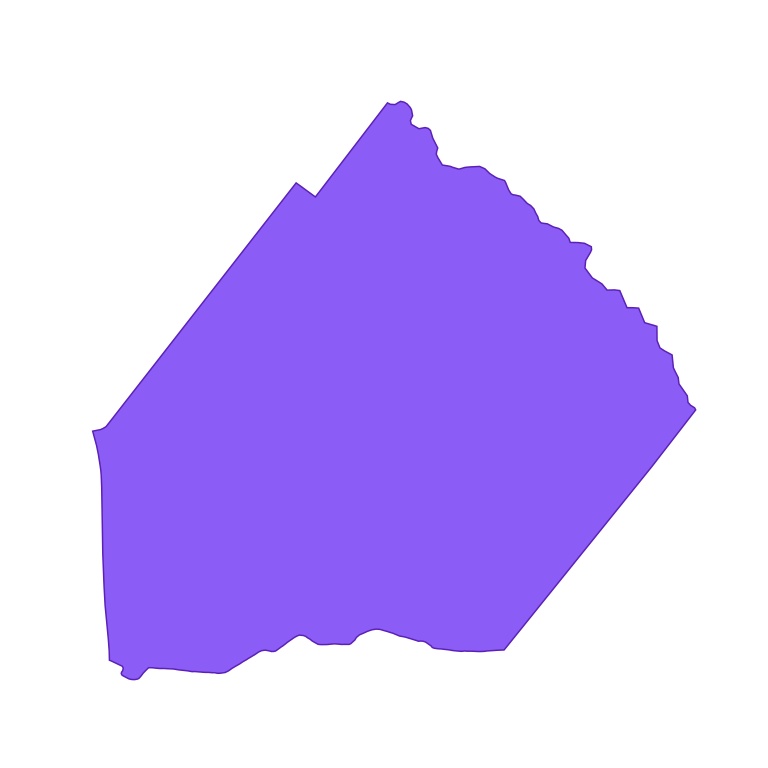 outline of Hurlingham, Buenos Aires, Argentina, rotated 83°
{"feature_id": "61730980B67082136706980", "entity_name": "Hurlingham", "entity_type": "district", "adm_level": 2, "iso_a3": "ARG", "parent_name": "Argentina", "parent_adm1": "Buenos Aires", "projection": "albers", "projection_center": [-58.642, -34.598], "detail": "fine", "context": "isolated", "style": "filled", "palette": "violet", "viewbox_px": 768, "rotation_deg": 83, "n_neighbors": 0, "source": "geoboundaries", "source_scale": "gbopen_adm2", "svg_char_len": 3196}
<svg xmlns="http://www.w3.org/2000/svg" viewBox="0 0 768 768"><g transform="rotate(83 384 384)"><path d="M105.4,346.3L190.0,429.3L173.7,446.7L392.4,665.0L393.8,668.0L394.7,670.9L395.3,678.9L410.0,676.8L418.9,676.1L430.1,675.7L435.2,675.6L440.2,675.8L452.3,676.8L518.2,683.8L550.7,686.5L570.0,687.8L603.3,688.7L615.6,689.3L624.7,690.2L625.7,688.4L632.2,678.2L634.2,677.4L636.8,678.4L638.0,679.6L639.5,680.1L641.2,679.4L642.7,677.3L643.8,675.7L645.6,673.1L646.4,670.9L646.8,669.1L647.0,667.2L646.8,664.3L646.0,662.7L644.0,660.5L641.6,658.2L639.1,655.1L636.9,652.2L637.2,650.0L637.5,647.9L638.0,646.1L638.4,644.2L638.9,642.1L639.2,640.1L639.5,637.4L640.3,633.0L641.2,627.7L642.7,622.6L644.8,613.7L646.1,609.6L646.3,607.0L647.5,601.2L648.3,597.4L648.9,593.1L649.6,589.9L650.0,586.9L650.9,584.4L651.1,581.6L651.0,576.8L649.8,573.3L648.7,571.3L647.7,569.5L646.2,566.1L644.2,561.3L642.4,557.8L640.7,553.7L639.9,552.2L639.1,550.3L636.5,544.5L634.7,541.0L633.8,538.2L633.7,536.2L633.7,534.3L634.3,532.3L635.1,529.9L635.8,528.3L636.0,525.9L635.8,524.1L634.3,521.3L632.5,518.2L631.6,516.3L630.2,513.9L628.8,511.7L626.8,508.0L626.0,506.4L625.1,504.8L624.2,502.8L623.5,500.9L622.9,498.7L623.8,494.7L625.0,492.4L626.5,490.9L628.4,488.4L630.4,486.5L632.2,484.1L634.3,481.2L634.8,479.3L635.2,476.7L635.7,471.8L635.7,468.8L635.9,464.7L636.7,460.5L637.3,458.0L637.7,454.2L638.2,450.4L637.7,448.6L635.9,446.1L634.6,444.2L632.2,442.3L630.0,438.9L629.3,436.5L628.6,434.1L627.5,430.7L626.5,426.0L626.3,422.0L626.7,419.6L627.1,417.8L628.5,414.6L630.3,410.3L631.6,407.6L632.5,405.4L633.6,403.6L634.8,401.4L636.0,399.4L637.1,395.8L637.9,393.4L639.5,389.9L640.5,387.6L642.0,384.3L643.5,381.1L643.6,378.9L644.0,376.8L645.1,374.3L648.6,370.4L649.7,369.2L651.4,368.2L652.4,366.3L652.9,364.5L653.6,361.6L654.0,359.1L654.5,357.4L655.4,353.5L655.8,351.8L656.8,348.7L657.7,344.9L658.8,339.7L658.8,336.7L659.3,334.2L659.6,331.9L659.9,329.4L661.1,322.5L661.4,319.6L661.6,316.6L661.5,314.1L661.7,311.0L662.0,305.5L662.1,303.6L662.4,299.9L662.6,297.2L498.2,127.8L447.7,77.8L445.5,78.6L442.5,82.3L439.3,84.5L432.7,84.4L419.9,91.2L413.4,91.2L406.8,93.6L403.1,94.8L390.3,94.5L385.2,101.7L381.8,105.7L374.2,107.7L360.0,106.1L354.9,117.8L339.7,122.0L338.5,128.4L337.9,133.5L320.0,138.6L318.7,143.7L318.0,151.1L311.2,155.5L304.1,164.3L293.4,170.4L286.0,168.8L278.6,163.1L276.0,161.6L273.0,161.5L268.8,167.8L267.2,174.5L266.2,181.9L261.8,182.8L258.3,185.2L254.6,187.6L253.1,188.6L250.8,191.8L248.9,196.5L247.0,199.3L244.9,202.4L244.1,205.6L243.3,208.4L240.5,210.4L236.6,211.0L232.7,212.6L228.5,213.9L224.7,216.7L223.1,218.8L221.8,220.2L217.9,223.0L214.2,226.0L212.5,230.6L211.9,232.8L210.8,234.6L206.6,236.6L198.9,238.7L196.7,239.6L193.6,246.3L192.2,248.4L188.0,253.4L182.7,257.6L179.7,262.6L179.0,272.8L178.9,277.2L179.9,283.4L177.4,289.2L176.1,291.6L175.3,294.1L174.3,297.6L173.8,299.4L166.0,302.9L162.3,304.1L159.4,303.3L156.3,301.9L146.0,305.6L140.4,306.6L138.0,307.0L135.7,308.9L134.5,311.9L134.7,315.3L134.9,318.2L129.6,325.3L125.8,325.7L123.1,324.1L121.3,322.9L115.3,323.3L112.9,324.2L108.9,326.9L106.7,329.7L105.5,333.1L106.3,335.2L108.0,338.9L107.2,343.5L105.4,346.3Z" fill="#8b5cf6" stroke="#5b21b6" stroke-width="1.5"/></g></svg>